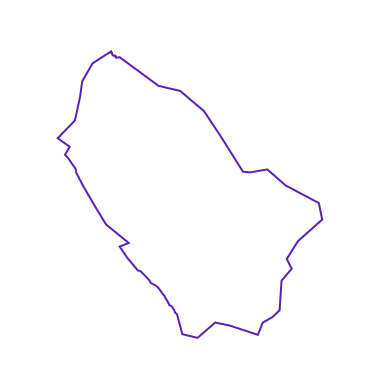 Gurvanbulag, Bulgan, Mongolia (Albers equal-area conic projection), rotated 171°
{"feature_id": "93677404B1659658679068", "entity_name": "Gurvanbulag", "entity_type": "district", "adm_level": 2, "iso_a3": "MNG", "parent_name": "Mongolia", "parent_adm1": "Bulgan", "projection": "albers", "projection_center": [103.52, 47.744], "detail": "fine", "context": "isolated", "style": "outline", "palette": "violet", "viewbox_px": 384, "rotation_deg": 171, "n_neighbors": 0, "source": "geoboundaries", "source_scale": "gbopen_adm2", "svg_char_len": 1710}
<svg xmlns="http://www.w3.org/2000/svg" viewBox="0 0 384 384"><g transform="rotate(171 192 192)"><path d="M272.0,149.4L266.3,137.3L257.8,123.0L256.1,122.3L254.8,121.4L248.8,112.8L247.7,111.1L247.8,110.7L247.7,110.3L247.2,109.3L246.5,108.2L242.7,105.5L240.5,103.0L238.6,99.5L237.8,97.8L237.5,96.9L237.0,96.0L236.4,95.2L235.7,94.2L234.8,91.6L234.3,90.1L233.9,89.3L233.8,88.9L233.7,88.6L233.5,88.0L233.3,87.8L233.1,87.5L233.0,87.2L232.7,86.0L232.4,85.2L232.2,84.0L231.6,83.5L230.9,83.1L230.2,82.5L229.9,82.2L229.4,81.3L229.1,80.5L228.9,80.1L228.8,79.6L228.7,79.2L228.4,78.9L227.8,77.7L227.9,77.3L227.9,76.5L227.7,75.9L227.3,75.2L227.0,74.9L226.6,74.4L226.3,74.0L225.9,73.4L223.8,53.1L214.7,49.3L209.3,47.1L189.5,59.4L175.5,54.1L149.3,40.6L142.6,51.9L132.3,55.8L124.0,61.4L117.4,90.5L105.5,100.6L108.9,111.0L99.1,122.3L94.9,127.0L67.7,144.4L68.5,161.3L98.5,183.8L102.6,188.7L106.5,193.4L114.1,202.5L131.6,202.3L138.5,204.1L155.0,242.7L167.6,270.2L172.9,276.3L178.3,282.5L187.8,293.6L208.5,302.1L242.3,336.4L243.2,336.4L245.8,336.5L246.0,336.7L246.2,336.9L246.3,337.2L246.3,337.4L246.2,337.6L246.0,337.9L245.9,338.0L246.0,338.2L246.4,338.4L246.6,338.7L246.9,338.8L247.1,339.0L247.3,339.0L247.5,338.9L247.8,338.7L247.9,338.8L248.0,338.9L248.2,339.1L248.4,339.2L248.7,339.4L248.9,339.5L249.0,339.6L249.2,339.8L249.2,340.4L249.2,340.8L249.3,341.3L249.3,342.0L249.4,342.3L249.6,342.4L249.9,342.2L250.1,342.2L250.3,342.3L250.3,342.7L250.3,343.0L250.2,343.4L270.1,334.6L283.1,318.5L287.6,303.7L296.4,281.0L316.3,266.1L305.7,255.8L311.6,248.7L309.1,245.0L305.9,238.2L303.3,233.2L303.3,229.1L298.4,214.5L298.3,214.3L290.0,192.9L282.0,173.4L262.5,151.6L272.0,149.4Z" fill="none" stroke="#5b21b6" stroke-width="2"/></g></svg>